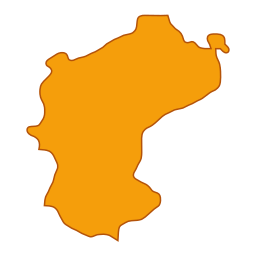 the district of Las Matas de Santa Cruz, Monte Cristi, Dominican Republic
{"feature_id": "3306468B23054065948148", "entity_name": "Las Matas de Santa Cruz", "entity_type": "district", "adm_level": 2, "iso_a3": "DOM", "parent_name": "Dominican Republic", "parent_adm1": "Monte Cristi", "projection": "orthographic", "projection_center": [-71.454, 19.622], "detail": "fine", "context": "isolated", "style": "filled", "palette": "amber", "viewbox_px": 256, "rotation_deg": 0, "n_neighbors": 0, "source": "geoboundaries", "source_scale": "gbopen_adm2", "svg_char_len": 3192}
<svg xmlns="http://www.w3.org/2000/svg" viewBox="0 0 256 256"><path d="M44.4,205.6L49.1,205.9L51.3,206.3L53.4,206.9L55.1,208.0L56.6,209.5L57.7,211.1L59.9,215.8L63.2,221.8L64.4,223.4L65.9,224.6L71.7,228.2L76.6,230.4L81.9,233.4L88.3,236.1L90.0,236.7L90.9,236.8L92.6,236.5L96.9,234.8L99.0,234.5L103.5,234.2L106.8,234.6L109.0,235.2L109.9,235.6L117.9,240.6L118.4,232.1L118.8,229.0L119.4,227.1L120.0,226.2L120.6,225.5L122.2,224.5L125.5,222.6L128.2,221.3L131.4,220.7L137.0,220.3L139.1,220.0L141.3,219.4L142.3,218.9L145.3,216.9L154.2,209.0L158.3,206.1L159.0,205.4L159.5,204.6L160.2,202.7L160.5,200.7L160.4,197.6L159.9,195.7L159.4,194.8L158.8,194.0L157.3,193.0L154.0,191.8L152.5,191.0L151.9,190.4L149.6,187.4L147.5,185.4L145.8,184.3L141.1,182.1L135.4,178.8L134.1,177.5L133.7,176.6L133.4,175.7L133.4,174.7L133.8,172.9L136.1,168.8L137.8,165.0L140.3,160.6L141.1,158.5L141.3,157.4L141.6,155.0L141.7,152.6L141.6,138.2L142.0,134.7L142.7,132.5L143.8,130.8L145.2,129.3L146.8,128.1L150.5,126.3L152.4,125.1L155.2,122.9L162.3,116.4L165.2,114.4L169.1,112.6L174.5,109.9L176.6,109.4L180.8,108.5L182.9,108.0L188.3,105.3L192.3,103.6L197.6,100.7L200.5,99.4L202.4,98.3L209.7,92.8L211.5,91.7L215.3,89.9L217.6,88.0L218.9,86.4L219.4,85.5L219.8,84.4L220.3,82.1L220.6,77.3L220.5,71.3L220.2,67.7L219.6,64.2L218.9,62.1L216.8,57.5L216.2,55.4L215.9,53.2L215.7,48.7L220.3,48.7L223.0,51.4L224.5,52.4L225.4,52.7L226.3,52.8L227.2,52.6L228.2,52.0L228.7,51.1L228.9,50.1L228.9,49.2L228.6,48.3L227.6,46.8L224.9,44.1L224.8,40.5L224.5,38.3L224.0,37.2L223.4,36.3L222.5,35.5L220.4,34.5L216.9,34.0L213.3,34.0L211.0,34.3L210.0,34.6L209.0,35.1L208.1,35.9L207.6,36.8L207.3,38.7L207.7,40.7L209.7,44.6L211.0,48.6L204.8,48.6L202.5,48.3L200.3,47.8L198.5,46.9L195.1,43.1L193.8,42.2L193.0,41.8L191.5,41.7L188.8,42.5L187.2,42.7L185.6,42.3L184.8,41.8L183.8,40.5L182.4,36.1L181.0,33.5L179.1,31.4L175.3,28.7L170.7,23.8L169.8,22.1L167.8,15.4L160.9,15.6L144.8,15.4L142.5,15.5L140.4,16.1L139.5,16.5L138.6,17.2L138.0,18.1L137.6,19.0L137.2,21.1L136.6,26.6L136.0,28.9L135.0,30.6L133.6,32.0L132.8,32.7L131.9,33.2L129.9,33.9L123.7,35.3L118.2,37.9L114.3,39.5L106.7,43.9L102.8,47.4L97.0,50.8L95.2,51.8L91.3,53.4L85.8,56.2L83.7,56.9L78.5,58.1L73.3,60.3L71.6,60.5L70.7,60.4L69.9,60.1L69.1,59.7L68.6,59.1L68.0,57.7L67.3,55.5L66.4,54.1L65.6,53.5L63.9,52.8L62.9,52.7L60.9,52.7L58.8,53.2L57.0,54.0L48.5,59.4L47.1,60.6L46.3,61.8L46.1,62.7L46.0,63.5L46.2,64.3L46.5,65.1L47.0,65.7L49.6,67.4L50.7,68.5L51.5,70.0L51.7,70.9L51.6,71.9L51.3,72.9L50.2,74.6L48.7,76.3L43.7,81.3L41.5,84.1L40.6,86.2L40.0,89.5L39.9,91.8L40.0,94.1L40.6,97.3L41.4,99.3L43.7,103.9L44.5,107.1L44.7,109.3L44.7,112.7L44.5,115.0L43.9,117.2L43.1,119.0L40.5,123.1L39.3,124.7L38.6,125.3L37.8,125.7L35.9,126.2L31.2,126.5L29.4,126.8L28.6,127.1L27.9,127.7L27.3,128.6L27.1,129.5L27.1,130.5L27.3,131.4L27.7,132.3L28.8,133.7L31.1,135.3L33.9,136.4L35.6,137.4L37.1,138.6L38.4,140.2L39.2,142.2L39.5,144.4L39.4,146.5L38.9,149.4L44.5,149.9L46.7,150.3L48.8,151.0L49.7,151.4L51.4,152.7L52.7,154.2L53.8,156.0L56.8,162.4L57.5,164.3L57.7,165.3L57.7,167.5L57.5,168.5L54.8,174.9L53.5,180.2L52.9,182.2L50.1,187.6L48.4,191.6L46.5,195.1L45.6,197.0L44.9,200.2L44.4,205.6Z" fill="#f59e0b" stroke="#b45309" stroke-width="1.5"/></svg>